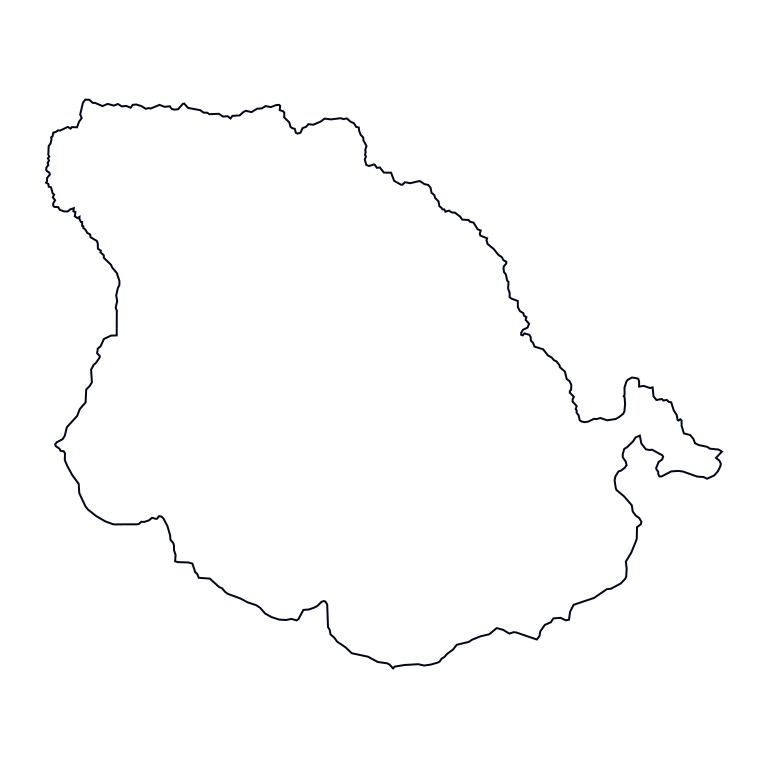 the district of Buesaco, Nariño, Colombia
{"feature_id": "7082276B67005743436838", "entity_name": "Buesaco", "entity_type": "district", "adm_level": 2, "iso_a3": "COL", "parent_name": "Colombia", "parent_adm1": "Nariño", "projection": "albers", "projection_center": [-77.119, 1.318], "detail": "fine", "context": "isolated", "style": "outline", "palette": "ink", "viewbox_px": 768, "rotation_deg": 0, "n_neighbors": 0, "source": "geoboundaries", "source_scale": "gbopen_adm2", "svg_char_len": 6025}
<svg xmlns="http://www.w3.org/2000/svg" viewBox="0 0 768 768"><path d="M200.3,110.2L188.1,107.9L184.1,103.5L182.8,103.9L178.1,109.2L175.0,109.6L171.8,109.1L169.8,106.3L164.6,106.8L159.5,104.9L150.7,108.5L148.4,108.1L145.8,108.8L141.6,106.2L136.4,104.5L132.8,104.8L130.6,107.7L126.1,105.9L121.9,106.4L117.9,104.0L113.9,105.6L107.6,103.9L102.5,106.1L95.1,102.9L92.8,102.9L89.3,99.8L85.3,99.6L82.9,102.9L80.2,114.5L81.7,118.1L79.1,121.6L77.0,127.3L71.8,127.1L70.6,128.6L67.8,126.9L60.3,130.5L57.9,130.4L56.2,131.8L53.3,132.7L52.6,136.3L51.1,137.4L51.5,139.3L50.5,143.6L48.7,146.0L48.3,154.6L49.3,156.7L47.9,158.2L49.0,160.7L47.7,162.9L48.3,165.1L46.5,167.4L46.1,169.6L46.9,171.1L49.3,172.6L49.9,174.5L47.1,177.9L47.0,181.3L46.1,182.7L48.4,184.0L48.7,186.7L51.0,187.3L52.6,193.1L54.1,194.7L52.8,197.4L55.1,200.2L53.2,203.5L53.2,205.7L54.3,206.9L58.2,207.1L59.8,209.8L64.0,211.4L67.7,211.5L70.0,209.5L73.8,208.2L73.4,211.3L75.4,212.1L74.8,216.3L77.4,218.1L79.5,216.9L79.4,219.0L81.0,222.0L82.1,222.0L82.1,225.8L83.4,226.3L83.3,228.0L85.4,229.6L87.3,232.9L90.2,234.5L90.5,237.2L96.9,241.0L97.8,243.7L97.9,248.7L100.8,250.6L100.4,252.2L103.8,255.3L103.8,257.8L111.0,264.8L112.2,267.6L116.8,273.0L119.4,280.9L119.4,285.0L117.8,288.2L116.2,295.5L117.2,301.0L115.7,307.7L116.8,310.7L116.7,335.4L111.0,335.6L103.9,339.0L100.6,346.3L97.8,348.6L97.1,353.2L99.7,356.0L99.7,357.4L95.9,363.0L93.7,364.8L91.1,369.7L91.9,382.3L89.8,385.9L86.2,389.5L85.6,402.4L79.8,409.1L77.1,416.0L66.9,427.2L64.8,435.7L62.6,439.2L56.9,442.2L55.2,444.2L55.7,446.1L59.6,448.8L60.5,450.8L63.8,451.3L65.0,453.5L64.8,460.1L67.2,465.8L72.2,475.0L78.7,483.9L79.3,493.2L85.4,506.3L88.1,509.7L96.1,516.0L105.3,521.4L113.6,524.4L137.0,524.3L138.9,523.9L141.3,521.8L144.4,521.9L149.0,520.3L152.0,517.8L156.2,518.9L157.3,518.5L158.9,516.2L161.6,516.6L163.5,518.6L167.4,526.0L170.1,535.3L170.5,539.9L173.1,542.8L174.0,545.5L174.0,550.1L175.6,555.1L175.1,561.3L177.7,562.1L188.6,562.5L192.4,563.6L195.3,572.3L197.1,573.8L198.8,577.8L209.8,578.6L219.2,587.1L222.0,588.2L224.9,591.7L227.7,593.8L240.7,598.6L247.5,602.3L256.2,605.2L260.1,607.8L265.1,613.5L271.3,617.0L279.2,619.6L286.1,620.0L291.5,618.9L296.6,620.4L298.5,619.0L303.4,609.9L308.7,609.5L314.3,607.6L317.3,606.0L321.6,601.8L323.7,601.1L325.4,601.5L327.2,604.5L328.0,627.1L329.7,629.8L330.5,634.4L334.2,637.6L337.1,641.6L345.5,647.3L351.7,653.2L368.0,656.7L377.8,662.0L387.1,663.3L389.6,664.6L393.1,668.4L394.7,666.6L404.6,665.0L418.2,664.2L424.1,665.5L430.3,664.7L437.7,662.6L439.6,661.6L441.5,658.8L444.6,656.8L447.1,653.9L453.0,649.6L456.7,644.8L468.8,641.9L472.1,639.7L480.6,636.3L489.2,634.3L496.7,628.1L503.1,629.8L509.3,633.6L513.5,632.2L516.0,632.4L536.8,639.5L539.5,636.0L540.3,631.4L544.8,624.9L550.8,622.3L553.4,618.4L560.5,617.8L565.8,620.3L569.0,619.7L570.1,611.7L573.6,604.8L594.1,597.9L606.8,589.2L611.0,588.7L620.7,583.5L625.3,578.7L626.2,576.5L626.7,568.6L625.8,561.6L631.1,553.0L635.9,541.3L636.8,538.4L637.0,527.2L640.9,524.2L641.4,521.7L639.2,518.1L635.7,515.5L632.7,511.5L631.8,505.3L624.1,496.4L616.6,490.1L615.8,488.4L614.6,480.2L615.4,476.4L618.5,471.4L621.0,470.6L624.7,467.8L626.6,465.1L625.7,461.6L622.7,457.1L622.8,453.8L624.3,448.9L627.1,447.2L633.2,441.2L635.5,437.5L639.8,435.6L641.4,443.6L645.9,449.3L649.3,450.0L652.1,449.7L662.3,455.3L663.1,456.5L662.2,459.5L658.7,461.9L656.2,467.9L656.4,469.4L658.2,471.7L658.2,474.0L659.4,476.4L661.5,476.5L671.2,471.4L678.4,470.9L683.2,471.6L697.2,476.6L703.5,477.0L707.1,478.7L714.1,475.5L717.9,471.3L720.4,466.2L720.8,463.6L719.4,460.6L716.0,457.9L721.9,451.6L718.4,449.5L710.0,448.7L707.1,446.8L698.6,445.0L695.0,443.2L693.4,438.9L690.1,435.0L683.9,433.4L681.6,425.8L681.6,420.5L680.3,419.3L678.5,420.5L677.6,419.9L676.7,414.9L673.8,410.6L671.2,402.3L668.9,401.9L666.6,399.9L663.4,400.6L661.9,399.0L656.4,400.0L653.5,396.2L652.6,387.4L650.0,388.0L643.7,385.9L639.1,386.6L639.1,381.3L638.3,379.0L637.2,378.4L632.0,377.5L627.6,379.9L626.5,381.3L624.5,387.5L624.6,394.9L623.7,396.3L624.6,397.3L625.1,403.7L624.4,411.4L623.2,413.8L618.9,417.2L615.7,419.0L607.2,420.3L600.3,418.0L596.5,419.1L594.1,418.8L588.3,421.6L584.8,422.2L581.9,421.6L579.7,420.3L578.6,415.3L576.6,412.7L576.7,410.5L575.7,409.0L576.7,406.1L572.6,401.6L572.6,399.3L573.9,396.8L569.8,392.7L569.9,391.0L571.1,389.8L571.3,384.8L569.5,381.1L566.7,379.0L564.9,371.6L560.0,367.3L559.4,365.1L556.3,361.2L554.1,360.3L551.5,357.4L548.0,355.5L543.1,349.3L534.5,346.6L533.1,343.0L530.9,340.5L530.6,336.8L529.3,334.8L524.4,333.4L522.8,335.4L521.2,334.8L521.2,332.8L522.9,329.8L527.5,327.6L529.1,323.8L525.6,319.8L526.4,317.1L524.0,315.7L523.3,313.1L520.0,311.2L517.9,307.3L517.8,301.0L511.4,298.6L509.6,297.0L509.7,293.1L508.1,288.5L508.5,282.1L507.1,280.4L505.9,274.5L504.0,272.1L503.5,268.0L503.8,266.4L506.2,263.6L506.3,261.8L503.4,260.1L501.7,257.0L498.5,255.0L493.6,248.9L487.6,244.0L486.5,240.4L487.1,238.3L480.4,235.6L479.8,233.7L480.7,230.5L477.7,229.3L473.5,222.6L469.9,221.7L468.5,220.0L462.2,219.6L460.3,216.8L455.1,212.7L451.7,212.4L448.9,210.6L445.4,211.7L444.3,209.4L442.4,209.4L441.5,207.8L439.4,206.3L438.5,201.4L435.0,197.8L434.3,195.1L431.5,192.7L430.5,187.6L428.2,184.9L424.6,184.2L419.7,181.0L410.1,183.2L405.0,182.2L402.4,184.7L401.0,184.7L394.1,180.8L391.1,172.7L383.9,172.6L379.9,167.5L376.8,167.8L375.1,165.1L374.0,164.4L369.0,166.0L366.3,164.9L364.8,159.6L366.0,156.3L365.0,154.8L365.7,152.1L365.2,150.0L366.5,146.1L363.4,140.3L363.2,137.5L360.7,134.8L359.1,130.7L358.8,127.5L356.1,126.8L354.0,123.3L350.4,121.6L346.8,118.4L343.5,119.1L340.7,118.2L331.0,119.4L324.6,118.6L320.6,121.6L313.3,124.7L308.4,124.2L306.1,126.8L302.6,128.1L300.5,132.7L297.4,133.6L295.8,132.7L294.7,128.8L292.1,128.1L290.4,126.7L289.3,122.4L284.2,117.4L284.3,112.7L283.2,111.3L279.7,110.1L280.2,105.9L279.1,104.9L276.1,105.1L270.8,107.1L265.6,106.1L261.7,108.4L257.1,108.7L251.5,112.1L245.8,110.8L243.0,112.3L239.7,115.4L232.4,115.9L230.5,118.5L227.6,116.2L223.1,116.6L218.8,113.8L209.3,114.2L207.2,112.7L203.7,112.7L200.3,110.2Z" fill="none" stroke="#020617" stroke-width="2"/></svg>